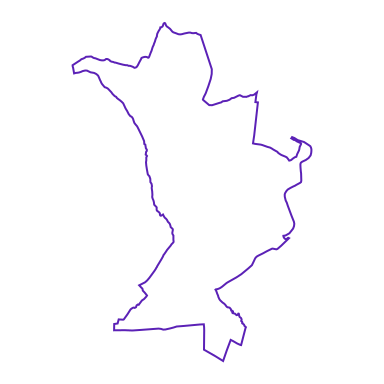 Apetatitlán de Antonio Carvajal, Tlaxcala, Mexico (Natural Earth projection)
{"feature_id": "50627088B98647454285357", "entity_name": "Apetatitlán de Antonio Carvajal", "entity_type": "district", "adm_level": 2, "iso_a3": "MEX", "parent_name": "Mexico", "parent_adm1": "Tlaxcala", "projection": "natural_earth1", "projection_center": [-98.195, 19.35], "detail": "fine", "context": "isolated", "style": "outline", "palette": "violet", "viewbox_px": 384, "rotation_deg": 0, "n_neighbors": 0, "source": "geoboundaries", "source_scale": "gbopen_adm2", "svg_char_len": 5939}
<svg xmlns="http://www.w3.org/2000/svg" viewBox="0 0 384 384"><path d="M257.9,102.4L255.4,102.1L256.5,93.6L256.9,92.9L257.0,92.3L256.3,92.9L254.9,94.0L254.2,94.6L253.7,94.8L252.2,95.3L250.7,95.1L248.2,96.3L247.8,96.3L246.3,96.9L245.8,96.8L243.0,96.8L239.9,95.2L238.5,95.6L234.1,97.8L231.6,98.2L229.6,99.7L226.9,100.8L222.7,101.3L221.2,102.4L219.0,103.0L215.9,104.0L212.1,105.2L209.2,105.1L203.2,100.0L202.9,99.6L203.0,99.2L204.1,96.3L204.4,95.9L205.7,93.3L208.3,86.3L210.7,79.0L211.7,74.0L211.8,69.2L200.6,35.0L199.2,34.6L197.4,33.9L196.1,32.9L193.3,33.2L191.9,33.1L190.3,32.6L188.8,32.6L184.3,33.5L181.8,34.2L180.1,34.4L178.4,34.2L176.1,33.3L173.3,32.3L172.3,31.6L170.1,28.9L168.2,27.4L167.0,26.6L166.5,26.1L166.0,25.3L165.2,23.3L164.5,23.0L163.7,23.5L163.3,24.3L163.2,24.9L162.9,25.6L162.6,26.4L161.5,27.2L160.3,27.4L160.2,28.4L159.5,29.7L158.7,30.9L158.3,31.7L158.1,32.0L157.8,32.7L157.3,33.6L156.9,35.6L156.9,36.4L155.9,38.4L155.5,39.5L154.9,41.6L154.0,43.8L153.6,45.2L152.9,46.5L152.4,47.9L151.5,50.9L151.2,51.5L150.5,53.2L149.1,56.9L148.5,57.7L148.0,57.7L146.8,57.0L145.9,56.9L144.8,56.9L143.4,57.2L142.0,57.7L141.4,58.1L141.0,59.2L139.5,61.9L137.7,65.5L136.6,67.0L136.2,67.3L135.1,67.7L134.4,67.8L133.0,66.9L131.2,66.2L129.9,65.8L128.6,65.8L127.2,65.2L125.8,65.2L123.1,64.7L118.8,63.6L115.5,62.6L114.8,62.6L113.0,61.9L111.7,61.7L110.3,61.1L109.8,60.4L109.1,59.9L107.9,59.2L107.1,59.0L106.1,59.0L104.6,60.1L103.1,60.4L101.4,60.3L99.8,60.0L95.4,58.3L94.2,58.1L93.2,57.7L91.5,56.6L90.8,56.5L86.0,56.8L84.6,57.9L83.8,58.3L82.9,58.7L81.4,59.2L79.9,60.5L78.1,61.6L72.6,65.2L72.7,66.5L73.1,67.7L74.1,73.4L75.9,72.9L77.2,72.8L79.0,72.5L80.9,71.9L82.6,71.1L85.2,70.5L87.0,70.6L90.5,72.3L94.0,72.9L95.5,73.6L96.4,74.1L98.1,75.6L98.9,77.3L100.1,80.2L100.8,81.5L101.2,82.6L102.1,84.1L103.6,85.9L104.7,87.2L105.8,87.5L106.9,88.0L108.0,88.7L111.4,92.3L112.5,93.9L114.7,96.1L116.2,96.9L116.9,98.0L118.4,99.2L119.7,100.1L121.6,101.7L123.2,103.3L125.6,108.5L127.2,111.1L128.7,114.1L130.4,116.2L131.4,116.6L132.3,117.5L133.1,119.0L133.5,120.4L134.3,122.8L135.4,124.3L137.1,126.3L137.9,127.8L142.1,136.4L144.1,141.1L144.3,144.0L145.3,144.6L145.9,148.3L146.8,149.6L146.8,150.9L146.1,151.9L145.7,154.6L146.3,155.1L147.0,156.0L146.3,157.4L146.3,160.3L146.0,162.3L146.3,165.6L146.9,169.4L147.8,174.3L148.5,175.3L149.4,176.2L150.3,178.9L150.4,182.1L151.5,183.7L152.0,186.2L151.8,186.9L151.7,188.0L152.2,191.5L152.4,194.9L152.2,197.0L152.7,198.8L153.4,200.3L153.9,202.2L154.2,204.7L156.5,207.1L156.7,207.7L156.6,209.1L156.7,210.0L156.9,210.6L159.3,212.5L159.9,213.5L159.9,214.5L160.2,215.4L160.7,215.7L161.3,215.6L163.0,214.5L163.8,216.1L164.7,217.6L166.1,218.8L167.1,220.1L167.9,221.8L168.8,222.6L169.7,223.7L170.3,225.3L170.7,227.1L172.6,228.9L172.8,229.4L172.8,230.1L172.3,232.9L172.4,233.7L172.7,234.4L173.4,235.5L173.4,238.0L173.4,239.9L173.6,241.3L173.5,242.1L172.7,243.1L171.5,244.3L170.6,245.7L167.1,249.9L165.6,252.2L164.0,254.5L163.6,254.9L162.9,256.6L161.5,259.1L157.1,266.4L156.8,267.2L156.3,267.8L155.7,269.0L154.3,271.1L149.4,277.8L147.2,280.4L145.1,282.3L139.2,285.3L141.4,287.7L142.2,288.4L142.5,288.9L142.8,290.6L144.7,292.6L147.0,295.5L146.3,296.6L144.1,299.0L141.9,300.5L138.7,304.8L137.9,304.5L136.6,305.4L136.0,307.2L134.7,307.9L134.0,307.6L133.6,307.6L132.9,307.8L131.4,308.7L130.5,309.5L127.4,314.4L123.8,319.4L123.1,319.7L118.7,319.4L117.6,323.5L114.2,324.0L114.1,330.3L124.8,330.2L132.4,330.5L141.2,329.9L158.5,328.6L161.0,328.9L163.2,329.6L165.3,329.5L170.2,328.4L173.6,327.5L176.7,326.5L183.3,326.0L199.8,324.5L203.8,324.3L204.1,327.1L204.2,330.3L204.0,349.7L215.2,356.1L223.1,361.0L226.8,350.3L230.7,339.9L233.1,341.1L237.2,343.5L240.5,345.0L241.1,345.1L245.5,328.1L245.9,327.2L244.4,325.8L244.1,324.8L243.7,324.3L243.3,324.0L242.3,323.4L242.1,323.0L242.3,322.5L242.4,322.3L242.2,322.0L241.6,321.1L241.2,320.9L241.3,320.5L241.6,319.7L241.4,318.8L241.2,318.4L240.9,317.9L239.7,317.0L239.5,316.7L239.2,315.7L239.0,314.6L238.8,313.7L238.6,313.6L238.3,313.6L237.5,314.9L236.8,315.1L236.5,315.1L235.0,313.7L233.6,313.3L232.9,313.2L232.7,313.1L232.3,312.7L232.3,312.3L232.5,312.0L233.0,311.9L233.0,311.6L233.0,311.4L232.2,310.8L231.9,310.9L231.4,310.8L231.1,310.3L231.1,309.7L230.6,308.8L229.6,307.7L228.6,307.4L227.9,307.4L227.5,307.2L226.9,306.9L226.2,306.1L225.3,304.8L224.1,303.6L222.5,302.5L220.2,300.3L219.4,299.2L218.3,296.8L218.1,295.7L217.2,293.7L216.6,291.9L216.2,291.0L216.1,290.5L215.9,290.1L215.5,289.7L215.8,289.4L217.5,289.1L218.9,288.6L220.2,288.0L222.1,286.7L226.6,283.0L227.9,282.2L236.4,277.4L241.3,274.2L248.2,268.5L251.9,265.2L253.7,261.5L254.9,258.9L255.4,258.0L256.0,257.3L257.0,256.4L258.6,255.5L262.9,253.4L266.7,251.3L272.0,248.7L272.5,248.6L273.2,248.7L275.6,249.2L276.6,249.3L277.5,248.9L281.1,245.8L286.9,240.2L289.0,238.2L288.2,237.8L287.8,238.0L286.8,238.9L286.0,239.2L285.6,239.1L284.7,238.6L284.0,237.7L283.5,236.7L283.4,235.8L285.5,235.5L289.4,233.3L293.1,228.6L294.0,226.2L294.3,223.8L293.9,221.7L291.5,215.7L287.7,205.5L286.8,202.7L285.7,200.5L284.8,196.8L284.7,194.6L285.0,193.4L285.6,192.3L286.5,190.9L287.8,189.5L290.3,188.0L293.0,186.6L295.4,185.5L296.1,185.0L300.0,182.9L301.0,182.1L301.3,180.7L301.1,173.5L300.8,171.1L300.5,167.3L300.4,164.5L300.6,163.3L301.0,162.6L302.2,161.7L305.8,160.0L308.6,158.0L310.6,155.4L311.2,153.0L311.4,150.9L311.4,149.2L311.0,147.6L310.3,146.2L308.9,145.2L304.0,142.0L297.7,140.1L294.4,138.0L292.1,137.1L291.8,137.7L291.3,138.3L293.8,139.9L294.7,140.0L295.2,140.2L296.9,141.4L300.2,142.9L300.8,143.3L301.0,143.4L301.1,143.8L301.0,144.2L299.7,146.9L299.3,149.3L299.0,150.4L297.2,154.1L296.4,156.5L296.3,156.8L294.9,157.2L294.3,157.6L293.1,158.4L291.3,159.9L290.5,160.3L289.2,160.6L288.1,159.0L286.7,157.3L285.3,156.6L281.9,155.2L280.7,154.6L279.2,153.6L278.2,152.9L277.6,152.1L277.3,151.8L273.4,149.6L271.9,148.6L270.1,147.6L267.5,146.9L262.2,145.0L260.7,144.6L255.2,143.9L253.0,143.4L254.2,135.4L257.9,102.4Z" fill="none" stroke="#5b21b6" stroke-width="2"/></svg>